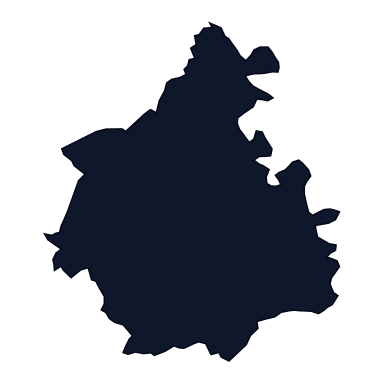 the district of Três Passos, Rio Grande do Sul, Brazil
{"feature_id": "56859067B72053715457244", "entity_name": "Três Passos", "entity_type": "district", "adm_level": 2, "iso_a3": "BRA", "parent_name": "Brazil", "parent_adm1": "Rio Grande do Sul", "projection": "robinson", "projection_center": [-53.911, -27.427], "detail": "fine", "context": "isolated", "style": "filled", "palette": "ink", "viewbox_px": 384, "rotation_deg": 0, "n_neighbors": 0, "source": "geoboundaries", "source_scale": "gbopen_adm2", "svg_char_len": 2362}
<svg xmlns="http://www.w3.org/2000/svg" viewBox="0 0 384 384"><path d="M337.9,295.6L333.5,292.6L330.0,284.1L331.4,278.0L339.5,266.6L337.1,260.8L326.8,256.9L330.1,253.3L335.5,250.3L336.1,245.0L329.1,243.7L317.7,237.2L316.3,231.6L315.3,225.5L328.7,223.1L335.5,219.6L339.5,211.8L334.4,210.1L330.0,209.0L324.0,209.6L318.5,212.3L312.4,215.4L308.6,212.1L306.7,204.9L304.2,193.6L304.4,186.0L306.8,181.4L310.7,176.0L308.6,170.1L305.5,166.5L302.7,163.4L298.8,160.1L292.6,162.1L288.8,166.3L285.3,169.9L279.3,172.4L275.4,175.3L279.0,180.4L280.8,184.7L276.1,186.3L271.2,186.0L266.8,183.5L266.2,177.0L269.1,169.6L263.1,165.7L259.0,164.0L253.9,160.1L259.2,156.5L265.3,156.3L270.6,155.8L272.0,149.0L268.8,143.9L264.8,137.5L262.2,132.0L256.3,130.9L253.7,139.3L249.1,142.4L243.7,134.9L239.5,129.4L237.3,123.8L237.7,117.9L243.8,113.2L249.7,109.2L253.3,106.8L256.8,99.1L262.5,99.6L267.7,100.7L273.0,97.9L268.0,94.0L262.4,91.2L257.0,88.3L252.9,86.0L248.7,81.4L245.2,76.0L250.0,74.6L254.0,73.8L260.7,73.6L265.3,73.1L272.1,71.8L278.0,72.0L279.0,67.2L278.4,62.2L275.1,57.4L272.3,52.5L268.1,47.1L259.9,47.1L254.0,50.0L250.8,55.4L245.9,60.7L240.1,55.8L237.3,50.7L233.3,45.3L228.7,38.7L225.0,36.4L221.1,27.9L209.7,23.0L212.1,27.6L203.8,28.2L199.2,34.6L194.6,35.8L196.2,44.5L190.7,48.2L194.8,58.4L189.2,59.7L187.6,65.9L184.1,69.5L186.1,74.4L179.8,77.6L171.6,79.4L166.7,83.0L164.6,90.9L159.2,100.9L156.4,112.7L150.4,109.6L144.2,114.3L125.7,131.4L122.0,128.9L106.0,129.1L96.0,131.7L61.8,148.8L63.9,154.5L71.7,160.6L74.3,165.8L85.0,174.2L78.6,180.6L67.7,211.1L64.0,219.8L61.2,225.9L59.6,232.4L55.5,233.4L51.9,235.4L44.5,233.9L47.9,239.8L61.2,249.1L56.0,253.1L52.9,259.7L54.0,264.4L54.4,270.5L61.0,266.2L63.4,270.3L71.1,277.7L80.6,270.0L88.1,267.7L91.6,279.8L95.8,281.1L98.8,287.0L104.3,296.5L104.3,303.9L101.2,309.9L105.8,312.5L109.5,318.7L115.0,322.5L123.1,324.8L132.5,335.9L129.4,338.9L125.5,346.6L123.1,352.6L128.2,354.3L135.2,352.0L143.7,353.6L150.9,352.8L154.3,355.4L164.9,351.3L173.9,345.9L179.6,347.9L184.1,348.2L193.4,343.8L198.6,341.8L205.7,343.6L211.0,354.6L218.8,352.5L221.3,357.2L229.0,361.0L246.3,344.6L250.4,335.6L257.9,328.4L256.9,321.5L266.8,318.7L274.8,316.8L281.2,312.3L285.2,311.5L289.3,310.7L294.4,310.2L299.6,310.7L305.1,310.9L311.2,311.2L318.5,313.6L323.7,310.5L327.4,307.2L332.2,304.7L335.1,300.1L337.9,295.6Z" fill="#0f172a" stroke="#020617" stroke-width="1.5"/></svg>